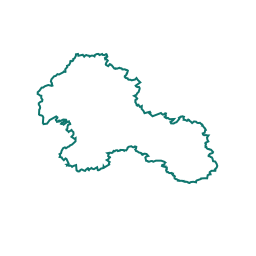 outline of Carrickmacross-Castleblayney Lea-6, Monaghan, Ireland, rotated 113°
{"feature_id": "5873133B57447435904726", "entity_name": "Carrickmacross-Castleblayney Lea-6", "entity_type": "district", "adm_level": 2, "iso_a3": "IRL", "parent_name": "Ireland", "parent_adm1": "Monaghan", "projection": "albers", "projection_center": [-6.701, 54.051], "detail": "fine", "context": "isolated", "style": "outline", "palette": "teal", "viewbox_px": 256, "rotation_deg": 113, "n_neighbors": 0, "source": "geoboundaries", "source_scale": "gbopen_adm2", "svg_char_len": 5856}
<svg xmlns="http://www.w3.org/2000/svg" viewBox="0 0 256 256"><g transform="rotate(113 128 128)"><path d="M70.4,174.9L68.6,176.4L68.5,177.0L70.1,178.1L70.6,179.9L70.0,180.7L72.0,182.8L71.4,183.8L71.4,184.3L72.2,185.7L73.6,186.9L75.2,186.8L75.0,188.2L75.8,190.1L77.3,191.3L76.7,192.1L77.2,194.2L77.1,194.8L77.7,195.5L79.4,196.2L78.6,197.4L78.7,197.8L78.3,198.3L80.9,201.9L79.4,203.0L80.5,204.7L81.8,204.2L84.7,204.4L86.0,205.4L86.6,204.9L87.7,205.0L88.4,205.6L88.7,206.4L88.5,206.7L89.0,207.2L90.5,206.7L92.9,206.8L94.6,208.4L95.6,207.7L98.5,208.7L100.7,207.5L101.0,207.8L101.1,209.2L102.0,209.4L105.7,212.4L106.0,214.0L108.4,214.9L109.2,216.2L113.1,217.5L115.3,217.2L116.5,215.5L117.2,215.4L118.5,214.1L119.0,214.6L119.6,218.2L122.0,220.8L124.0,222.0L124.6,223.3L128.3,224.1L130.3,225.1L132.0,224.4L132.0,223.3L132.5,221.7L132.2,220.4L134.3,219.6L135.4,217.8L137.0,217.5L138.1,218.8L140.1,219.8L141.4,219.2L142.0,218.0L143.4,216.9L144.7,216.6L145.7,216.9L150.3,215.2L150.6,214.3L150.2,212.5L150.3,211.4L151.3,210.1L156.7,208.3L156.9,207.5L157.4,207.2L155.6,204.2L151.3,203.2L145.4,198.6L145.8,197.1L146.7,197.0L148.6,197.7L149.1,197.3L149.3,196.5L150.1,195.8L149.1,194.2L148.6,194.6L148.0,194.3L148.0,193.0L145.5,190.9L144.6,188.3L145.1,187.7L145.5,187.8L146.8,188.6L147.1,189.6L147.9,189.8L149.2,191.1L150.3,191.3L150.3,190.7L149.7,189.8L150.1,188.6L146.7,186.6L145.0,185.0L145.8,184.4L146.3,183.2L147.0,182.7L148.4,184.3L150.1,184.3L152.1,183.6L152.9,183.6L153.4,184.1L154.0,183.7L154.4,181.5L154.8,181.1L151.9,179.2L152.6,178.3L153.1,176.7L154.7,175.8L155.7,175.7L158.2,176.6L158.9,173.0L157.8,172.3L160.8,171.1L165.2,173.1L166.7,174.6L167.8,174.8L168.4,175.6L170.9,177.2L170.5,178.5L171.9,179.8L175.0,180.2L177.4,179.8L178.8,180.8L179.2,180.1L180.1,179.6L181.4,179.6L181.0,177.5L181.9,176.5L182.7,174.5L180.4,173.6L180.6,172.5L184.1,168.6L184.6,168.5L185.6,170.0L185.7,169.5L186.3,169.4L185.7,168.6L185.9,167.8L185.7,167.2L185.1,166.5L185.2,165.1L185.6,164.3L184.4,163.6L182.4,161.3L187.0,158.9L187.3,158.4L187.1,157.8L187.5,156.9L186.8,155.7L185.2,155.4L184.2,154.4L184.4,151.5L184.2,150.7L182.9,150.5L180.9,149.3L180.0,149.5L182.0,148.0L182.1,147.5L180.9,147.4L179.9,146.3L179.1,146.1L179.4,144.2L179.2,143.3L176.2,141.1L178.6,139.3L178.4,138.6L177.4,137.7L176.1,137.2L174.4,135.0L172.8,135.5L173.6,134.4L168.9,131.0L167.9,131.8L166.5,131.6L165.8,135.0L164.3,133.8L162.9,133.7L162.1,133.1L161.9,133.3L162.1,133.9L161.6,135.4L159.4,135.5L159.2,136.0L159.4,136.4L159.2,137.1L157.8,135.0L157.4,133.5L156.8,132.6L154.7,132.3L154.7,131.2L153.6,130.7L152.8,129.5L152.7,129.0L153.2,128.3L151.9,126.5L151.2,126.5L150.1,123.7L150.5,122.6L149.7,122.3L149.3,120.9L147.1,120.4L146.2,120.7L145.0,120.0L143.5,117.8L143.8,116.3L143.7,115.5L143.1,114.8L142.5,114.7L142.1,113.8L142.1,113.0L143.7,112.6L145.0,112.9L145.1,112.4L145.9,111.9L146.1,111.4L145.8,110.5L146.3,108.5L145.9,106.3L147.0,104.8L147.1,104.3L146.7,103.8L145.9,104.0L145.6,103.0L145.1,102.6L144.7,100.7L145.8,98.4L147.1,100.1L148.4,100.5L151.1,98.5L150.7,97.0L151.1,96.4L150.9,95.5L149.6,94.1L149.0,93.0L149.0,92.2L149.2,91.6L147.2,89.6L145.1,84.7L144.9,81.2L145.2,80.3L145.5,80.6L146.8,80.3L147.7,80.6L148.6,82.0L149.7,81.9L149.7,80.3L148.8,78.4L149.5,78.2L149.6,77.6L149.3,76.8L151.0,76.1L151.6,76.5L152.2,76.3L152.3,76.0L153.1,75.4L153.0,74.5L153.2,74.4L152.9,73.9L153.3,73.0L153.3,72.2L152.6,70.8L152.9,70.1L152.6,70.0L152.9,69.6L152.6,69.3L152.9,69.0L152.7,68.7L153.7,68.5L154.1,67.8L153.8,66.8L154.2,66.0L154.8,66.2L156.2,65.4L156.4,64.0L156.1,63.2L156.4,62.2L156.3,61.3L156.9,61.3L156.7,60.5L156.4,60.6L156.3,59.6L155.4,57.5L155.5,56.9L155.0,56.1L155.4,55.8L155.1,54.9L155.3,54.6L154.9,54.0L155.0,53.8L154.5,52.7L154.6,51.6L154.4,50.5L154.7,50.5L154.6,49.9L153.2,49.0L152.0,46.9L151.4,44.2L150.6,44.6L149.5,44.3L146.5,41.0L145.9,41.0L144.3,37.8L143.4,35.5L140.3,36.2L138.9,34.8L138.4,33.9L137.9,34.3L137.7,35.2L136.7,35.5L134.8,34.4L133.3,30.9L132.2,31.2L132.0,31.8L129.8,30.9L128.0,31.0L126.4,32.4L124.8,34.6L125.3,36.7L123.1,38.3L122.3,39.4L122.4,40.6L122.1,41.1L122.3,42.1L122.1,42.4L122.3,42.8L121.7,43.1L119.8,42.5L118.0,40.4L116.9,40.3L115.6,43.1L115.7,44.1L116.0,44.7L115.7,45.2L116.1,46.3L115.9,47.6L114.8,48.5L115.2,49.2L114.0,49.8L112.4,49.9L112.0,50.8L111.3,50.9L109.0,48.8L107.8,50.3L106.0,51.5L103.4,51.0L103.9,52.3L104.0,53.4L104.9,55.1L104.7,56.4L103.8,57.1L102.4,55.6L99.9,56.1L99.4,55.6L98.3,56.9L98.4,57.1L96.8,60.0L96.9,60.6L96.2,60.5L95.6,61.7L95.7,62.3L95.1,63.8L96.1,65.5L96.1,66.8L95.6,67.8L96.2,69.8L98.4,70.9L97.5,73.0L97.4,74.4L96.8,74.8L96.7,75.9L98.4,76.5L98.2,78.3L98.7,80.0L97.9,80.1L97.2,80.9L95.8,80.9L96.0,82.6L96.8,83.4L96.8,83.7L97.5,83.9L97.8,84.5L98.8,85.1L99.4,84.3L103.7,85.6L104.5,86.6L106.0,87.7L106.9,90.1L105.9,91.3L103.4,89.6L101.7,89.1L103.7,93.2L103.1,95.1L103.4,95.8L103.9,96.0L103.9,97.4L103.5,98.6L102.1,97.8L101.2,98.6L99.8,98.7L99.8,99.2L100.4,99.9L101.4,100.2L102.1,101.1L101.8,102.5L101.3,103.5L107.6,110.0L106.2,114.0L105.2,113.3L104.5,114.2L107.9,118.6L106.3,120.3L105.0,123.0L102.4,123.9L103.9,125.2L103.1,126.7L102.5,127.4L103.1,128.0L103.8,128.2L103.5,129.1L102.6,129.6L101.2,131.5L100.5,131.5L99.6,132.1L99.0,132.1L98.3,131.2L97.3,131.0L96.2,133.1L96.0,134.9L94.0,133.1L92.7,133.2L90.7,132.3L87.4,132.6L86.7,132.9L85.9,133.9L86.7,135.4L86.5,136.9L86.1,137.5L81.2,134.5L79.9,137.9L78.7,139.7L80.7,140.5L82.7,143.3L82.6,144.5L83.3,146.4L83.2,146.9L82.4,147.8L82.8,149.1L82.5,149.8L82.7,150.0L82.2,151.0L81.5,151.2L79.8,150.3L78.3,150.5L78.2,150.2L75.3,150.5L75.1,151.1L75.1,152.2L75.4,152.8L75.2,153.8L76.3,156.1L75.7,156.9L75.7,157.9L76.1,158.5L75.9,159.4L77.6,161.2L77.9,162.6L78.4,162.6L78.6,163.9L76.6,167.5L76.6,169.2L76.3,169.2L76.3,169.7L78.8,170.4L78.5,172.9L78.0,173.4L76.1,173.5L73.9,172.9L73.4,173.9L73.2,175.1L73.7,175.7L72.6,176.6L70.6,175.4L70.8,175.1L70.4,174.9Z" fill="none" stroke="#0f766e" stroke-width="2"/></g></svg>